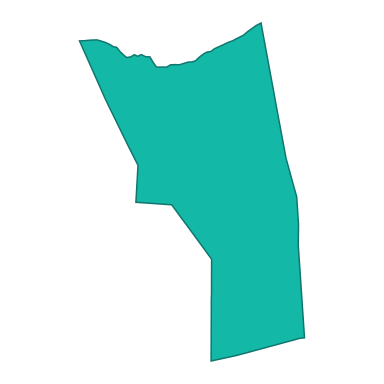 Flexeiras, Alagoas, Brazil (Robinson projection)
{"feature_id": "56859067B97278052476621", "entity_name": "Flexeiras", "entity_type": "district", "adm_level": 2, "iso_a3": "BRA", "parent_name": "Brazil", "parent_adm1": "Alagoas", "projection": "robinson", "projection_center": [-35.785, -9.256], "detail": "fine", "context": "isolated", "style": "filled", "palette": "teal", "viewbox_px": 384, "rotation_deg": 0, "n_neighbors": 0, "source": "geoboundaries", "source_scale": "gbopen_adm2", "svg_char_len": 956}
<svg xmlns="http://www.w3.org/2000/svg" viewBox="0 0 384 384"><path d="M304.5,337.8L298.3,245.6L298.3,241.2L298.5,228.4L298.5,224.2L296.7,196.8L293.0,183.6L286.0,158.1L275.4,101.2L274.4,95.4L261.9,27.9L261.1,23.0L256.2,25.5L252.0,28.5L247.8,31.5L243.3,35.3L239.7,37.1L235.9,39.0L232.8,40.7L228.4,42.3L223.8,44.5L219.4,46.5L214.5,48.7L210.9,51.5L207.6,51.9L204.5,53.3L200.1,56.5L195.6,60.7L192.1,61.9L188.1,62.1L182.9,63.7L179.1,64.8L175.0,64.6L170.6,64.8L166.6,67.1L161.6,67.1L156.5,67.1L153.5,62.9L149.8,56.8L145.9,56.8L141.3,54.6L137.6,56.3L134.4,54.7L130.6,56.9L126.5,57.5L123.7,55.1L119.8,51.3L116.7,47.3L113.3,46.7L109.9,44.5L104.7,42.2L100.2,40.8L96.9,39.9L90.4,40.1L84.5,40.7L79.5,40.9L104.5,97.2L108.3,105.2L128.5,146.5L138.0,165.3L135.9,202.3L154.6,203.6L171.7,204.8L181.2,217.8L189.6,229.1L211.6,259.2L211.5,294.1L211.3,299.5L211.3,311.7L211.1,361.0L237.6,355.2L299.9,338.3L304.5,337.8Z" fill="#14b8a6" stroke="#0f766e" stroke-width="1.5"/></svg>